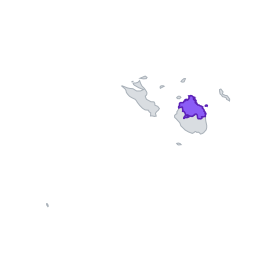 where Central sits in Fiji, rotated 247°
{"feature_id": "FJI-2617", "entity_name": "Central", "entity_type": "Division", "adm_level": 1, "iso_a3": "FJI", "parent_name": "Fiji", "parent_adm1": "", "projection": "robinson", "projection_center": [178.241, -17.983], "detail": "fine", "context": "in_parent", "style": "filled", "palette": "violet", "viewbox_px": 256, "rotation_deg": 247, "n_neighbors": 0, "source": "natural_earth", "source_scale": "10m", "svg_char_len": 5399}
<svg xmlns="http://www.w3.org/2000/svg" viewBox="0 0 256 256"><g transform="rotate(247 128 128)"><path d="M122.0,177.0L122.0,178.4L122.8,179.0L123.6,179.1L125.5,181.7L128.6,184.0L130.5,185.7L130.6,187.2L130.0,188.8L130.8,191.7L131.2,194.6L132.6,199.2L130.6,200.1L127.6,200.2L126.9,201.1L125.9,200.6L123.4,201.0L121.0,202.5L118.7,204.6L116.0,204.6L113.1,205.0L110.1,204.7L108.0,203.6L104.3,202.4L99.4,201.4L97.4,200.5L95.7,199.1L94.1,195.7L93.9,194.0L94.1,192.4L95.6,191.9L96.8,191.0L96.9,190.0L97.5,189.2L98.2,189.0L98.5,188.4L98.0,186.7L97.9,185.1L100.7,182.2L103.8,179.8L109.3,177.5L112.6,177.7L117.8,175.9L119.4,175.1L121.1,175.6L122.0,177.0ZM169.1,139.1L165.0,143.3L163.5,145.5L162.2,147.9L158.7,150.4L157.2,153.9L157.3,157.3L160.8,153.7L164.8,150.7L166.0,150.1L167.2,150.2L167.1,151.2L166.5,152.2L166.1,154.8L167.1,157.2L164.2,157.0L161.3,157.2L157.8,158.6L154.4,159.2L153.2,159.2L152.0,158.7L151.2,158.0L150.6,156.4L149.9,156.2L147.2,156.2L143.2,159.4L141.9,162.1L140.3,162.3L138.5,161.7L136.3,163.8L133.6,164.5L132.5,162.8L131.8,160.6L130.8,159.0L127.9,158.6L128.4,156.7L129.1,155.9L129.8,154.7L130.3,153.4L131.7,154.2L133.1,154.8L134.7,153.8L136.4,153.7L138.0,150.8L140.6,149.0L144.2,147.6L147.9,146.6L149.8,146.4L151.6,145.8L154.7,143.1L156.8,141.7L159.1,140.9L161.3,140.4L163.4,140.8L165.0,140.6L169.1,138.6L169.1,139.1ZM127.6,227.3L127.6,228.7L124.1,229.6L122.9,228.5L122.2,228.3L120.1,230.2L119.5,231.0L119.3,231.6L118.7,232.0L114.9,232.9L113.2,232.0L114.3,231.3L115.7,230.0L117.1,230.2L118.6,229.0L120.0,227.2L122.0,226.8L123.4,226.1L125.8,226.6L127.6,227.3ZM169.1,164.1L167.1,165.3L166.3,164.1L167.2,161.4L169.1,158.5L169.1,160.8L169.1,164.1ZM151.2,199.9L151.0,200.2L148.6,197.7L148.7,196.7L149.1,195.8L150.0,194.9L150.9,196.4L151.6,198.8L151.2,199.9ZM136.9,188.2L135.5,188.7L134.8,186.8L135.8,184.9L137.0,184.7L137.6,186.7L136.9,188.2ZM153.2,176.8L152.3,177.6L151.9,173.3L152.8,173.4L153.5,173.8L153.9,174.9L153.2,176.8ZM93.3,169.9L91.9,170.4L92.6,167.9L93.4,167.1L93.9,167.0L94.8,166.8L94.4,168.6L93.3,169.9ZM90.0,24.0L89.0,24.3L87.2,24.1L86.9,23.5L87.4,23.4L88.5,23.1L89.9,23.3L90.2,23.6L90.0,24.0ZM169.1,150.8L168.8,150.8L168.7,150.2L169.1,149.2L169.1,150.8Z" fill="#d9dde1" stroke="#a8b0b8" stroke-width="1"/><path d="M126.6,182.6L126.8,182.6L127.0,182.6L127.4,182.7L127.9,183.0L128.6,184.2L128.8,184.4L129.4,184.5L130.0,184.7L130.5,185.1L130.8,185.7L130.8,186.5L130.5,187.1L130.2,187.6L130.0,188.2L130.0,188.5L129.9,188.7L129.8,189.0L130.1,189.4L130.6,189.8L130.8,190.0L130.8,190.4L130.7,190.7L130.7,191.0L130.9,191.3L131.3,191.2L131.5,191.3L131.4,191.5L131.1,191.7L131.5,191.9L131.7,192.1L131.7,192.4L131.5,192.8L131.4,192.7L131.1,192.6L131.3,193.3L130.5,193.5L130.6,194.4L131.1,195.3L131.4,195.8L132.0,195.9L132.2,196.0L132.3,196.3L132.6,196.7L132.7,196.8L132.7,197.0L132.8,197.1L133.1,197.1L133.3,197.0L133.4,196.8L133.5,196.6L133.6,196.4L133.8,196.4L133.7,196.7L133.5,197.1L133.4,197.3L133.4,197.8L133.4,198.1L133.3,198.5L133.0,198.9L132.7,199.3L132.4,199.5L131.1,200.2L130.4,201.0L130.4,200.3L129.6,200.7L129.3,200.8L129.6,200.2L129.5,199.8L129.4,199.8L129.2,199.8L129.0,199.6L128.7,199.5L127.9,200.0L127.6,200.1L127.6,200.8L127.2,201.2L126.6,201.3L126.3,201.3L126.3,200.8L126.3,200.7L125.8,200.1L125.6,200.0L125.3,199.9L125.0,199.9L125.0,200.0L125.0,200.4L124.8,200.6L124.6,200.7L124.4,200.8L124.4,200.7L124.2,200.4L123.8,200.4L123.5,200.5L123.3,200.5L123.1,200.6L123.0,200.9L122.8,201.1L122.4,201.2L122.1,201.2L121.9,201.3L121.7,201.4L121.6,201.6L121.5,201.8L121.3,202.3L121.2,202.5L120.4,202.9L120.2,203.0L119.4,204.1L118.9,204.5L118.4,204.6L118.2,204.6L118.0,204.9L117.4,204.2L115.4,205.0L114.5,204.9L114.1,204.8L113.9,204.8L113.7,204.6L113.5,204.8L113.2,205.1L112.8,205.1L112.5,205.0L112.1,204.9L111.7,205.2L111.4,205.3L111.3,204.7L111.2,204.6L110.8,204.8L110.6,205.0L110.4,205.1L109.8,204.5L109.7,204.2L108.4,203.7L108.6,203.3L108.7,202.9L108.8,202.1L108.8,201.8L108.9,201.6L109.5,200.6L109.5,200.4L109.5,200.2L109.3,200.2L108.7,200.2L108.3,200.1L108.2,199.9L108.2,199.7L108.0,199.1L108.0,198.8L108.0,198.5L108.1,198.3L108.5,197.7L108.6,197.4L108.8,196.8L109.0,196.5L109.2,196.2L109.7,196.1L110.1,196.1L110.4,196.1L112.5,196.7L112.8,196.7L113.1,196.7L113.8,196.5L114.0,196.4L114.2,196.2L114.5,195.2L114.4,194.8L114.2,194.6L114.1,194.4L113.9,194.3L113.9,194.0L114.0,193.7L114.1,193.3L114.0,193.1L113.8,192.8L113.6,192.6L113.5,192.4L113.5,192.2L113.5,191.9L113.7,191.7L113.8,191.5L113.9,191.3L113.9,190.9L114.0,190.7L115.3,189.1L115.9,188.6L116.4,188.3L116.8,187.9L117.0,187.6L117.0,187.3L117.0,187.1L116.9,186.9L116.7,186.9L116.3,187.0L116.0,187.2L115.8,187.5L115.0,188.5L114.8,188.6L114.7,188.7L114.4,188.4L114.5,186.6L114.5,186.3L114.7,186.0L115.1,185.3L115.2,185.1L115.2,184.8L115.2,184.5L115.0,183.9L114.9,183.5L115.0,183.3L115.1,183.1L115.4,183.2L115.7,183.5L116.3,184.2L117.0,185.5L117.4,186.0L117.7,186.1L118.1,186.3L118.6,186.3L120.1,186.3L121.0,186.0L121.4,185.9L121.7,185.6L121.8,185.5L121.8,185.3L121.8,185.2L121.9,184.9L122.0,184.8L122.4,185.0L123.1,185.5L123.4,185.6L123.6,185.6L124.2,185.6L124.4,185.7L124.6,185.7L124.8,185.9L125.4,186.1L125.7,186.2L126.0,186.1L126.1,185.9L126.3,185.6L126.5,184.2L126.6,182.8L126.6,182.6ZM117.6,208.3L117.8,207.8L118.1,207.7L118.4,207.9L118.6,208.5L118.5,209.2L118.2,209.6L117.8,209.8L117.3,209.4L117.5,209.3L117.6,209.2L117.6,208.8L117.6,208.7L117.6,208.3Z" fill="#8b5cf6" stroke="#5b21b6" stroke-width="1.5"/></g></svg>